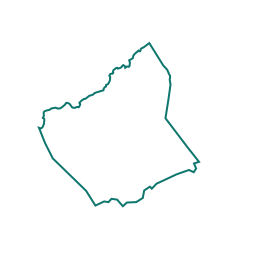 Highland, Virginia, United States of America, rotated 33°
{"feature_id": "52423323B76266562550307", "entity_name": "Highland", "entity_type": "district", "adm_level": 2, "iso_a3": "USA", "parent_name": "United States of America", "parent_adm1": "Virginia", "projection": "mercator", "projection_center": [-79.655, 38.386], "detail": "fine", "context": "isolated", "style": "outline", "palette": "teal", "viewbox_px": 256, "rotation_deg": 33, "n_neighbors": 0, "source": "geoboundaries", "source_scale": "gbopen_adm2", "svg_char_len": 1690}
<svg xmlns="http://www.w3.org/2000/svg" viewBox="0 0 256 256"><g transform="rotate(33 128 128)"><path d="M53.2,176.3L66.6,185.8L81.6,194.5L127.1,203.5L142.9,210.8L148.0,202.6L152.0,200.8L152.7,196.4L157.9,194.0L166.3,196.4L167.7,191.1L175.3,185.6L178.5,178.6L175.6,171.6L178.3,165.3L181.0,165.9L182.3,159.1L193.9,140.5L202.0,130.0L207.2,129.3L207.2,124.9L202.7,121.8L206.0,117.7L187.7,111.5L154.1,99.4L146.8,83.0L140.0,68.4L136.7,64.8L136.3,64.1L136.2,63.5L135.1,61.6L134.9,61.4L134.7,61.2L133.3,60.6L129.2,57.8L125.8,56.9L124.1,56.6L99.6,45.2L97.4,51.3L96.8,52.6L96.4,52.8L95.7,54.9L96.0,55.4L96.4,56.9L95.4,57.7L94.6,57.5L93.3,62.1L93.1,64.6L94.0,66.6L93.4,68.3L92.1,70.5L92.5,71.0L93.1,71.3L94.1,72.3L95.3,74.6L95.5,75.9L95.1,76.4L94.4,76.5L93.8,76.9L93.4,77.3L93.3,77.7L92.9,79.0L91.7,77.9L89.8,77.8L89.4,78.8L89.4,80.3L88.9,81.6L87.2,83.7L86.3,83.4L86.0,83.5L85.3,84.4L84.3,87.3L84.5,88.3L85.0,89.6L85.6,89.8L85.4,90.9L85.0,91.1L83.9,92.2L83.7,92.6L83.9,94.3L85.0,94.6L86.4,96.8L87.1,98.8L87.2,99.5L87.3,102.1L87.0,102.5L86.2,103.8L86.9,105.3L86.3,106.5L86.2,107.8L86.4,108.8L86.7,109.2L86.8,109.8L81.5,116.1L80.7,117.6L80.7,118.6L79.5,120.4L78.1,121.8L76.4,126.7L75.2,127.7L74.1,130.4L73.5,133.2L73.9,133.7L74.8,133.9L75.1,134.2L75.4,136.1L75.5,137.0L75.4,137.3L75.0,137.7L74.3,137.8L73.4,138.5L72.6,139.9L70.7,141.0L69.6,141.0L66.0,139.6L65.4,139.6L63.2,140.0L62.3,141.2L62.6,142.3L61.5,145.9L60.5,148.4L58.5,150.0L56.4,150.3L53.1,153.3L52.5,155.0L52.1,155.8L50.7,157.1L49.2,158.9L48.8,160.0L48.8,160.7L49.6,162.1L50.7,163.3L50.9,164.1L51.1,165.9L52.6,165.9L53.4,166.7L55.2,170.3L55.9,173.5L55.5,175.3L55.1,175.8L53.2,176.3Z" fill="none" stroke="#0f766e" stroke-width="2"/></g></svg>